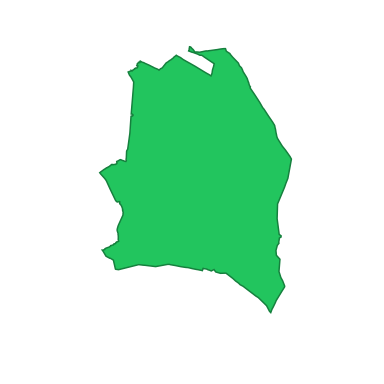 the district of Flå nor, Buskerud, Norway, rotated 249°
{"feature_id": "86288312B73826406337019", "entity_name": "Flå nor", "entity_type": "district", "adm_level": 2, "iso_a3": "NOR", "parent_name": "Norway", "parent_adm1": "Buskerud", "projection": "albers", "projection_center": [9.702, 60.434], "detail": "fine", "context": "isolated", "style": "filled", "palette": "green", "viewbox_px": 384, "rotation_deg": 249, "n_neighbors": 0, "source": "geoboundaries", "source_scale": "gbopen_adm2", "svg_char_len": 5720}
<svg xmlns="http://www.w3.org/2000/svg" viewBox="0 0 384 384"><g transform="rotate(249 192 192)"><path d="M169.9,87.4L168.4,87.8L162.9,88.7L159.6,91.5L159.3,92.1L156.6,94.2L147.6,92.9L147.4,92.9L147.2,93.1L145.8,95.6L143.3,116.2L141.1,120.4L140.4,121.9L135.4,131.3L133.2,143.1L132.6,144.9L132.0,145.6L129.2,150.3L126.3,154.8L123.8,159.2L122.8,161.3L121.5,163.2L121.3,163.5L120.5,164.6L118.1,168.4L117.2,170.0L116.5,171.0L116.0,171.9L114.9,173.5L116.6,174.8L116.3,175.1L116.5,175.3L116.2,175.6L115.1,177.6L114.6,178.3L113.6,179.1L113.3,179.5L113.0,180.0L111.4,181.7L111.7,184.8L109.0,185.4L108.7,185.7L105.9,189.4L104.1,194.6L96.6,199.2L93.3,200.8L90.3,202.8L88.2,203.7L85.7,205.9L72.0,214.3L69.8,216.0L59.1,220.9L52.8,221.6L51.2,222.3L53.7,224.5L55.6,226.7L58.9,230.2L60.5,231.7L67.7,241.1L68.8,242.6L70.2,244.4L70.9,244.8L76.6,244.8L80.4,244.3L86.6,244.7L97.7,250.0L102.7,248.1L107.3,249.4L111.6,252.5L113.0,254.8L114.1,255.0L117.8,257.2L118.0,258.9L119.1,259.5L121.2,258.2L136.6,261.9L150.2,267.6L163.3,280.1L166.5,282.8L170.4,286.4L187.1,296.6L190.0,296.2L197.5,294.3L202.5,292.7L211.0,291.1L212.4,291.0L214.3,291.2L215.1,291.4L217.3,291.7L221.0,292.5L221.7,292.5L224.5,293.0L228.0,292.4L236.0,290.5L243.5,288.9L245.5,288.2L251.0,287.4L260.0,285.5L268.1,283.6L268.5,283.6L269.2,284.2L270.2,283.9L271.1,283.9L271.4,283.8L273.0,284.0L273.8,284.1L274.0,284.0L274.3,284.1L274.5,284.0L278.2,284.2L280.4,283.9L286.2,282.8L287.8,282.9L290.3,282.7L291.4,282.2L292.6,281.6L294.1,281.5L295.7,281.5L303.5,278.2L306.8,277.1L307.7,277.0L310.5,274.9L311.3,274.5L312.5,274.5L313.2,274.7L313.9,274.6L314.5,272.9L314.9,271.3L315.3,269.7L315.9,266.6L317.5,259.8L317.7,259.1L318.2,256.7L318.3,256.5L318.4,256.4L318.5,256.2L318.8,255.1L319.5,250.7L319.9,248.7L320.4,248.0L320.8,247.1L321.2,246.2L321.2,245.8L321.2,245.7L321.5,245.2L322.7,244.5L323.3,244.5L324.9,244.0L325.1,243.8L326.5,243.2L327.5,242.9L328.3,242.2L328.5,241.8L327.6,241.4L327.3,240.9L326.5,240.8L325.9,240.3L325.5,240.2L325.3,239.7L324.9,239.4L322.4,242.2L321.9,243.0L319.8,245.4L318.7,246.7L317.0,248.2L316.5,249.2L316.2,249.9L315.8,250.4L313.6,251.8L303.8,258.7L302.4,257.7L301.8,257.4L298.5,254.8L295.9,253.4L294.9,252.6L293.6,251.3L295.9,249.7L297.0,248.7L299.5,246.7L308.2,240.0L312.6,236.4L315.8,233.7L319.0,231.1L321.4,229.6L321.9,229.2L323.3,227.9L324.7,226.7L324.8,226.6L325.3,226.3L324.9,225.5L324.8,224.9L324.4,223.5L323.7,222.2L323.5,221.3L322.9,219.4L322.8,218.5L322.7,217.9L322.1,216.1L322.0,215.3L321.7,214.0L320.1,211.4L319.8,210.8L319.2,209.9L318.5,208.5L318.4,208.0L318.4,207.4L318.4,207.1L318.3,206.6L318.0,206.0L317.6,204.9L318.0,204.7L319.3,203.6L321.3,201.4L322.4,200.5L323.9,199.1L325.6,197.6L329.2,194.0L330.1,193.3L330.5,192.7L331.1,191.9L332.8,190.6L332.7,190.3L332.4,190.3L332.3,190.5L332.0,190.4L331.8,190.1L332.0,190.1L331.9,189.9L331.8,189.4L332.1,189.1L332.0,188.9L332.1,188.7L331.8,188.6L331.8,188.4L331.8,187.9L331.7,187.7L331.6,187.4L331.4,187.3L331.4,187.1L331.2,187.0L331.0,186.9L331.0,186.7L330.4,186.5L330.2,186.2L330.0,185.8L329.6,185.9L329.6,186.2L329.3,186.3L329.2,186.6L328.9,186.4L328.5,186.3L328.3,186.2L328.3,185.9L328.1,185.7L327.8,185.5L327.6,185.4L327.6,185.1L327.6,184.8L327.6,184.7L327.7,184.3L327.7,184.1L327.8,184.0L327.7,183.9L327.8,183.6L327.7,183.3L327.6,182.9L327.7,182.7L327.4,182.6L327.3,182.4L327.3,182.2L327.3,181.8L327.1,181.4L326.9,180.2L326.9,179.9L327.0,179.8L327.0,179.7L327.0,179.4L326.9,179.3L327.0,179.2L326.9,179.0L327.0,178.9L326.9,178.9L327.0,178.8L326.9,178.6L327.0,178.3L326.9,177.4L326.9,177.2L327.0,176.5L326.9,176.3L326.9,176.2L326.7,176.0L326.8,175.9L326.9,175.6L326.9,175.4L326.7,175.4L323.6,175.5L320.8,176.3L315.6,177.0L310.7,174.8L286.6,163.2L286.2,164.1L285.5,164.5L285.2,164.5L284.8,164.5L284.6,164.1L284.3,163.8L284.3,163.4L284.6,163.2L284.3,162.9L284.3,162.6L284.5,162.2L269.2,155.1L255.0,147.3L254.1,146.1L253.6,145.6L246.7,142.6L246.6,142.4L245.6,142.0L244.9,142.0L244.2,141.2L244.9,140.1L245.7,139.3L246.3,138.5L247.0,137.7L247.7,137.1L247.9,136.6L247.9,136.4L247.8,135.5L247.7,135.2L247.5,134.0L247.6,133.2L247.4,132.6L246.9,132.4L246.5,132.5L246.1,132.4L245.4,131.9L245.3,131.5L245.3,131.1L245.4,130.6L245.2,130.3L245.2,130.0L245.4,129.8L245.7,128.9L245.7,128.5L245.7,128.1L245.7,127.9L246.3,127.5L246.4,127.1L246.5,126.8L246.5,126.6L246.4,126.3L246.0,125.9L245.9,125.3L245.9,124.9L245.6,124.5L245.4,123.0L245.2,122.4L245.3,122.1L245.1,121.8L245.1,121.6L245.2,121.3L245.2,120.7L245.0,120.3L245.0,120.0L244.9,119.7L244.8,119.3L244.7,119.1L244.6,118.8L244.6,118.7L244.7,118.4L244.6,118.2L244.5,117.8L243.9,115.5L243.5,114.3L243.5,113.9L243.3,113.6L243.1,112.8L241.9,113.1L236.1,115.3L234.0,115.9L232.6,116.1L224.4,116.6L211.8,117.6L210.9,117.8L209.7,118.4L209.4,118.8L209.3,119.2L209.3,119.4L209.3,119.9L209.2,120.3L209.1,120.8L208.5,121.1L208.1,120.7L207.8,120.5L207.1,120.4L206.5,120.6L206.4,120.5L205.3,121.0L203.7,121.2L202.2,121.2L201.6,121.2L200.9,120.9L200.3,121.0L199.8,120.9L199.6,120.6L199.4,120.5L198.7,120.6L198.0,120.4L197.1,120.4L196.8,120.0L196.1,119.6L195.8,119.6L195.2,119.3L187.3,111.3L185.7,110.0L184.0,108.8L183.3,108.5L182.7,108.3L179.4,108.1L178.8,107.7L177.5,107.5L177.2,107.3L176.7,107.2L173.8,106.0L172.9,106.0L172.3,105.9L172.2,105.7L172.3,105.4L172.2,104.6L172.4,103.9L172.4,103.6L172.1,103.4L172.1,103.1L172.0,102.8L171.9,102.6L171.5,102.4L171.3,102.2L171.3,101.8L171.4,101.5L171.5,101.2L171.3,100.8L171.3,100.7L171.5,100.4L171.4,100.2L171.0,99.9L170.9,99.6L170.8,99.4L171.0,98.7L171.0,98.3L170.9,97.7L171.0,97.3L171.1,96.9L170.8,96.8L170.7,96.6L170.6,96.0L170.4,95.5L170.3,95.0L170.4,91.5L170.2,90.4L170.1,90.2L169.6,90.0L169.5,89.9L169.7,89.4L169.6,88.8L169.7,88.1L169.8,87.7L169.9,87.4Z" fill="#22c55e" stroke="#15803d" stroke-width="1.5"/></g></svg>